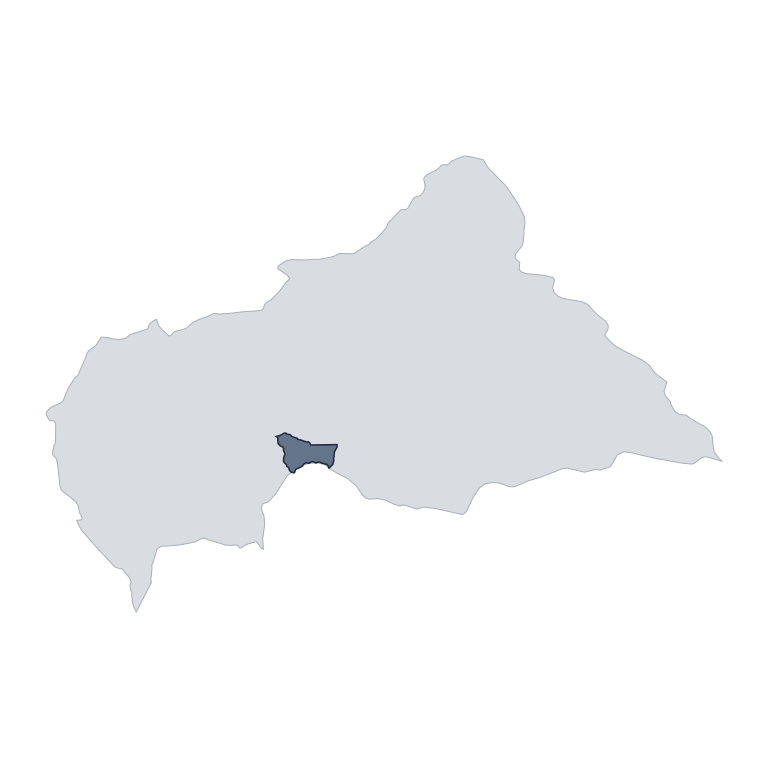 Djoukou, Kémo, Central African Republic shown in context
{"feature_id": "33826404B12088014945622", "entity_name": "Djoukou", "entity_type": "district", "adm_level": 2, "iso_a3": "CAF", "parent_name": "Central African Republic", "parent_adm1": "Kémo", "projection": "albers", "projection_center": [19.458, 5.319], "detail": "fine", "context": "in_parent", "style": "filled", "palette": "slate", "viewbox_px": 768, "rotation_deg": 0, "n_neighbors": 0, "source": "geoboundaries", "source_scale": "gbopen_adm2", "svg_char_len": 6067}
<svg xmlns="http://www.w3.org/2000/svg" viewBox="0 0 768 768"><path d="M545.6,275.7L553.2,277.6L554.6,280.0L552.6,287.7L554.1,292.5L558.4,296.5L562.8,298.2L567.0,299.2L581.5,301.5L587.6,304.3L595.7,313.3L605.8,321.4L608.3,325.7L607.8,329.7L604.9,334.5L605.4,336.5L610.0,341.2L615.4,346.1L625.1,351.5L641.9,359.9L649.6,365.5L652.3,369.9L656.6,374.5L662.7,378.8L666.7,382.1L664.1,391.5L664.9,394.6L666.5,397.3L670.0,401.0L671.5,405.7L675.0,411.6L679.2,414.3L686.1,415.2L689.8,417.9L697.4,422.6L704.8,426.6L708.0,429.4L710.0,431.8L711.7,434.8L712.5,437.7L712.8,444.1L714.2,452.0L718.2,457.3L721.9,461.3L706.8,456.9L704.6,456.8L701.9,457.6L694.1,463.4L691.7,464.1L681.8,463.1L657.8,458.8L639.3,454.7L633.8,453.2L623.9,451.8L617.4,454.8L611.4,465.0L609.7,467.0L600.1,470.1L595.6,469.3L584.5,472.2L567.3,468.1L561.2,469.0L556.4,471.1L544.2,475.8L536.7,478.5L528.0,480.9L519.8,484.6L514.3,486.7L508.8,486.7L503.9,484.6L498.5,482.9L492.1,482.6L485.4,483.7L479.8,487.7L477.5,490.6L472.6,498.3L466.8,510.8L464.6,513.3L462.5,514.6L435.6,508.5L424.1,507.1L416.3,509.0L406.5,505.6L402.2,505.0L400.2,506.1L394.8,504.5L385.9,500.3L377.4,498.5L369.8,499.2L365.1,497.8L361.4,493.6L356.5,486.1L347.8,478.6L336.1,472.6L328.8,468.0L325.9,465.0L319.6,463.3L310.0,463.0L300.7,466.0L287.4,475.4L275.1,494.6L268.2,502.0L262.6,503.9L261.2,508.5L264.0,515.9L264.7,524.4L262.7,538.8L263.4,549.3L260.5,547.6L257.7,542.7L256.3,541.7L248.2,543.9L243.9,545.9L241.7,547.8L239.9,548.1L237.4,545.4L235.3,544.9L232.1,545.4L228.8,545.4L226.7,545.0L225.3,545.3L221.4,543.7L207.4,539.6L205.0,538.2L202.2,538.4L194.9,541.9L191.0,542.8L179.4,545.0L167.0,546.0L162.2,546.0L158.9,547.6L156.8,549.8L152.9,563.0L151.8,565.3L152.0,568.7L150.9,579.4L151.3,582.8L136.2,612.0L133.8,607.1L132.3,601.4L131.7,594.8L132.1,593.1L131.1,591.1L129.9,585.7L131.1,582.3L130.1,578.6L127.3,575.1L124.7,572.3L123.1,569.8L121.9,568.8L119.0,568.4L115.1,567.1L98.7,549.8L81.6,530.3L78.1,524.0L76.7,520.3L81.0,519.9L82.0,519.3L82.1,517.6L79.5,512.6L78.3,506.3L76.2,502.4L69.5,496.5L63.2,491.9L61.1,489.6L60.0,486.2L57.7,465.3L56.6,459.3L54.6,456.7L53.2,455.5L52.6,454.0L52.9,450.3L53.8,447.0L53.8,445.7L55.5,442.8L55.7,423.4L53.6,420.7L49.8,420.7L47.8,417.8L46.1,414.3L46.6,411.8L50.3,407.8L52.8,406.3L60.1,403.3L62.2,401.8L63.5,399.9L64.4,397.3L68.7,387.4L75.1,377.5L77.8,375.5L84.2,360.9L85.8,357.2L86.9,353.5L88.9,350.5L95.9,345.6L101.2,337.0L106.8,337.5L112.7,338.9L120.1,339.6L126.0,338.0L129.8,334.6L147.9,328.9L149.2,324.2L152.1,321.8L155.4,319.7L156.6,319.4L156.8,320.9L158.8,325.8L162.9,330.6L168.9,335.9L170.7,335.6L174.4,331.6L183.9,329.2L186.3,328.1L193.0,322.3L201.0,318.6L205.7,317.3L213.9,313.4L219.7,314.0L229.0,313.4L244.5,311.6L255.7,311.0L261.4,310.3L262.8,309.5L265.0,303.9L266.7,302.4L270.9,300.0L279.1,291.5L284.6,284.4L286.2,281.9L287.3,281.4L289.6,278.4L287.3,275.3L278.1,269.0L278.2,268.2L277.7,267.1L278.2,266.2L281.7,263.6L286.5,260.7L291.5,259.6L304.7,259.9L316.0,259.2L318.6,259.4L327.4,257.9L333.4,256.5L339.6,253.5L353.5,253.8L365.2,246.1L368.5,244.7L370.0,243.5L370.4,242.3L375.8,239.2L381.9,232.9L386.7,227.1L388.0,223.1L401.1,209.5L405.7,209.7L408.0,208.0L413.1,198.9L414.8,197.2L420.2,195.6L422.7,192.9L424.9,188.9L424.9,184.0L423.9,180.0L423.9,178.1L425.2,176.3L427.3,174.5L437.2,169.6L439.7,167.2L441.3,165.1L444.0,164.7L447.1,164.9L449.0,163.6L451.2,161.3L458.1,158.3L464.5,156.0L471.2,156.9L483.4,159.8L487.1,166.3L488.9,168.6L504.0,183.8L506.9,187.4L514.5,198.5L519.1,206.0L524.4,216.8L525.0,222.6L524.3,227.7L523.3,242.0L522.0,246.1L515.4,253.8L515.2,257.3L516.6,260.1L518.6,261.3L519.8,262.7L519.1,269.4L521.5,272.0L526.5,273.7L539.1,274.8L545.6,275.7Z" fill="#d9dde1" stroke="#a8b0b8" stroke-width="1"/><path d="M337.1,447.1L337.0,444.6L310.6,445.0L310.2,444.0L309.7,442.8L308.3,441.8L306.9,442.1L300.9,440.0L297.9,439.4L297.3,438.3L293.5,437.1L291.7,436.3L290.4,434.8L289.3,434.5L287.6,434.2L286.3,433.8L285.8,433.0L284.6,433.1L283.8,433.3L282.4,434.2L280.2,435.3L276.2,436.5L277.0,436.9L277.7,437.8L277.8,439.3L278.1,443.6L280.3,445.9L282.7,447.0L283.6,448.4L283.4,450.4L284.1,451.6L284.9,454.2L283.6,458.0L283.5,461.3L284.6,463.1L286.3,464.4L286.7,466.3L288.6,467.6L289.0,468.3L289.0,469.3L289.9,470.9L291.3,472.3L291.8,472.3L292.3,472.3L292.9,472.4L293.0,472.6L293.3,472.8L293.7,472.9L293.9,472.9L294.1,472.7L294.3,472.6L294.5,472.4L294.7,472.2L294.8,472.0L294.8,471.8L294.9,471.5L295.0,471.2L295.1,470.8L295.2,470.5L295.4,470.1L295.5,469.9L295.7,469.6L295.9,469.4L296.1,469.3L296.2,469.1L296.8,468.8L297.1,468.6L297.5,468.5L298.1,468.4L298.4,468.3L298.7,468.2L298.9,468.0L299.2,467.8L299.5,467.5L299.8,467.4L300.1,467.3L300.4,467.2L300.6,467.0L300.8,466.9L301.1,466.9L301.3,466.8L301.4,466.7L301.6,466.5L301.8,466.3L301.9,466.1L302.1,466.0L302.2,465.9L302.3,465.9L302.5,466.0L302.6,465.9L302.8,465.7L303.0,465.3L303.0,465.1L303.1,464.8L303.2,464.6L303.4,464.5L303.7,464.3L304.1,463.9L304.6,463.6L304.9,463.4L305.3,463.2L305.6,463.0L305.9,462.9L306.3,462.8L306.6,462.8L306.9,462.8L307.3,463.0L307.6,463.0L307.8,463.0L308.1,463.1L308.3,463.2L308.5,463.3L308.9,463.3L309.2,463.2L309.4,463.1L309.6,463.0L309.8,462.8L310.0,462.6L310.5,462.5L310.7,462.4L310.8,462.3L311.0,462.1L311.2,461.9L311.4,461.9L311.7,461.8L312.1,461.8L312.5,461.8L312.8,461.8L313.2,461.9L313.5,461.9L314.0,462.0L314.3,462.2L314.8,462.4L315.1,462.6L315.4,462.7L315.8,462.9L316.0,462.9L316.4,462.7L316.8,462.5L317.1,462.3L317.4,462.3L317.6,462.2L317.9,462.2L318.4,462.2L318.8,462.1L319.3,462.0L319.8,462.1L320.3,462.3L320.8,462.7L321.0,462.8L321.5,463.1L321.9,463.1L322.1,463.2L322.4,463.2L322.8,463.3L323.2,463.4L323.7,463.5L324.1,463.6L324.4,463.7L324.7,463.9L325.0,464.1L325.3,464.3L325.8,464.3L326.1,464.3L326.4,464.1L326.6,464.1L326.8,464.1L327.0,464.4L327.2,464.8L327.5,465.2L327.9,465.5L328.1,465.8L328.2,466.0L328.4,466.2L328.4,466.3L328.4,466.5L328.4,466.8L328.4,467.0L328.5,467.1L328.5,467.3L328.6,467.6L328.7,467.8L328.8,467.9L329.1,468.1L332.1,465.1L333.0,464.0L333.8,460.4L333.5,458.1L334.1,456.7L334.1,453.4L334.7,451.4L335.8,449.3L337.1,447.1Z" fill="#64748b" stroke="#1e293b" stroke-width="1.5"/></svg>